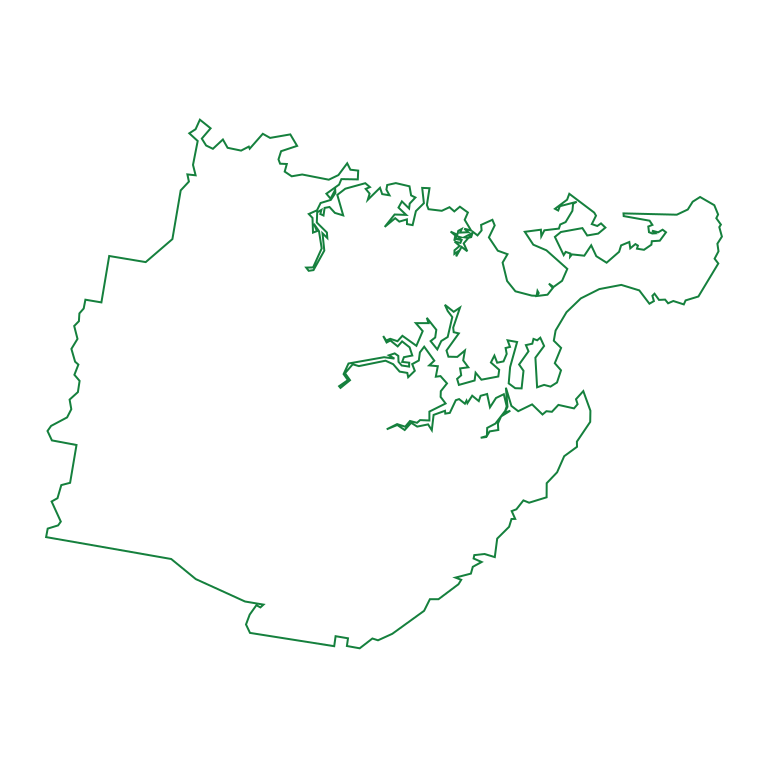 Sutherland, New South Wales, Australia
{"feature_id": "25037944B61744382554137", "entity_name": "Sutherland", "entity_type": "district", "adm_level": 2, "iso_a3": "AUS", "parent_name": "Australia", "parent_adm1": "New South Wales", "projection": "orthographic", "projection_center": [151.117, -34.072], "detail": "fine", "context": "isolated", "style": "outline", "palette": "green", "viewbox_px": 768, "rotation_deg": 0, "n_neighbors": 0, "source": "geoboundaries", "source_scale": "gbopen_adm2", "svg_char_len": 6099}
<svg xmlns="http://www.w3.org/2000/svg" viewBox="0 0 768 768"><path d="M46.1,537.1L171.2,559.0L195.8,579.1L245.0,601.5L263.5,604.6L260.4,607.4L256.4,605.2L249.7,614.6L246.0,624.5L250.0,632.9L334.2,646.2L335.6,636.2L348.0,638.3L346.9,646.0L359.7,648.3L372.4,638.5L378.0,640.3L392.3,633.8L424.1,610.8L429.9,599.2L438.5,599.2L458.5,584.2L461.2,579.8L455.5,577.6L470.9,573.6L472.8,566.8L481.6,562.0L473.6,558.5L474.3,555.1L484.5,554.0L494.8,557.1L497.2,538.6L509.1,526.8L511.5,519.0L515.2,518.9L511.7,511.1L516.4,509.3L523.4,500.4L529.1,502.7L546.6,497.3L546.7,483.2L557.1,472.3L564.2,456.2L577.0,446.8L576.9,441.6L590.2,421.9L590.4,410.7L583.3,391.1L576.0,399.2L577.6,404.2L574.0,408.4L558.4,404.9L551.9,411.8L546.4,411.2L542.5,414.5L532.1,404.4L518.2,411.2L511.4,405.9L505.9,387.7L507.5,406.8L504.5,412.8L510.3,410.7L501.1,416.4L497.9,423.5L498.3,430.0L489.6,431.4L486.3,437.0L480.7,437.8L486.9,436.0L487.2,427.9L495.4,423.6L505.2,410.9L506.7,406.3L503.8,394.2L496.0,398.0L490.0,407.3L487.1,394.0L480.6,395.8L478.8,401.1L472.2,395.7L467.4,403.2L466.5,400.6L464.9,403.7L459.1,399.1L455.8,400.2L449.8,412.9L445.3,413.6L445.0,410.8L433.6,414.9L431.8,430.2L428.1,424.4L417.2,426.6L411.2,422.8L404.7,430.0L397.3,425.0L386.7,429.3L397.1,424.1L405.2,426.7L410.0,421.0L417.0,422.8L420.1,420.1L429.4,420.5L429.4,411.6L445.6,403.5L440.6,396.9L440.8,391.2L447.0,383.4L440.5,376.1L435.8,376.7L437.8,366.2L429.2,365.4L434.3,360.7L424.2,346.7L419.9,352.4L418.8,360.5L412.2,364.1L414.8,370.8L408.2,377.2L407.3,372.9L399.6,371.6L393.2,364.2L385.5,360.7L358.9,366.1L352.7,364.3L345.0,373.2L350.0,380.2L340.5,387.9L339.1,386.2L347.9,380.1L343.6,374.1L348.5,363.5L384.1,357.2L394.4,358.6L388.9,355.3L394.7,353.4L398.3,355.9L398.5,361.8L401.7,365.5L409.1,366.6L409.2,362.7L402.2,361.9L403.9,357.2L412.3,355.5L409.6,347.3L402.1,341.4L397.7,346.4L390.4,340.5L386.6,342.5L383.2,336.0L386.2,340.5L390.2,338.8L397.5,341.2L402.4,335.8L416.4,345.8L422.7,331.1L415.8,323.1L428.5,323.1L426.8,317.8L436.3,329.8L435.2,337.5L430.6,341.1L437.3,349.4L441.3,341.0L447.7,337.0L452.3,317.1L447.7,311.0L444.9,304.8L453.7,311.8L460.0,307.6L453.2,327.6L453.7,332.2L458.8,333.4L446.5,350.5L448.4,356.7L457.3,356.9L464.9,350.5L463.2,360.4L468.3,367.3L460.1,368.4L461.2,375.3L457.1,378.9L458.9,384.9L474.6,380.5L475.6,372.7L481.4,379.7L498.3,376.5L499.2,369.8L490.9,362.5L494.4,355.6L497.2,362.7L503.5,361.4L506.7,353.9L505.6,348.0L510.0,346.9L507.6,340.3L517.1,342.0L510.1,367.1L508.7,383.4L515.2,388.2L521.6,388.4L523.5,370.8L519.1,364.5L528.5,351.3L525.9,345.1L532.3,343.7L533.5,338.9L537.2,340.3L540.3,337.7L544.1,346.0L535.4,357.7L537.1,387.3L544.1,384.9L550.5,386.6L557.0,382.5L561.0,370.3L554.8,363.2L561.1,347.9L553.8,340.7L555.6,330.5L566.5,312.2L580.8,298.4L599.3,289.1L621.3,284.9L639.3,290.4L649.4,303.7L653.9,301.1L652.4,295.8L654.5,293.7L659.0,299.9L665.1,299.6L668.1,303.3L673.3,301.0L683.8,304.4L685.6,300.4L698.4,296.5L718.3,263.5L714.6,258.7L718.5,251.3L717.4,243.7L721.9,236.6L719.3,227.1L720.9,224.6L716.3,218.2L718.1,214.5L714.3,205.2L700.1,197.0L692.7,201.7L687.8,209.5L676.8,214.7L623.5,213.4L623.7,216.1L649.6,220.7L652.4,224.9L648.3,226.5L649.0,232.2L652.3,233.5L655.3,233.3L652.1,230.7L658.2,232.3L662.6,229.7L666.0,232.3L659.8,240.7L651.8,241.2L651.4,244.7L644.0,249.8L637.0,248.7L637.9,245.6L635.4,244.1L630.3,248.3L629.3,242.0L621.1,245.4L619.1,251.8L606.6,262.7L596.3,256.2L591.2,245.3L584.3,255.7L572.0,254.4L570.1,256.7L570.3,253.5L565.7,251.9L563.7,255.1L554.9,236.9L560.9,232.0L582.4,228.1L587.2,235.5L598.2,233.6L605.4,227.6L601.0,223.4L597.3,226.0L591.8,224.1L596.0,215.7L594.2,212.6L569.3,193.8L567.1,199.7L555.0,208.8L558.2,210.5L559.9,206.2L576.7,201.8L573.1,203.8L572.4,210.8L565.6,222.1L560.2,224.5L558.9,228.6L544.4,230.3L541.3,236.3L540.9,229.7L524.8,231.8L533.3,244.7L546.4,250.3L567.3,268.9L562.1,280.8L553.5,287.0L548.9,283.6L552.8,288.0L547.5,294.7L536.9,296.0L538.7,293.0L537.5,290.9L536.6,295.8L531.8,295.6L515.4,291.3L507.1,281.0L502.6,262.6L507.5,254.2L497.8,250.7L488.9,237.4L494.7,225.4L492.4,219.8L481.1,224.9L481.6,230.4L477.5,235.4L472.9,231.8L471.2,237.1L468.9,237.7L470.7,233.9L464.2,237.3L468.3,238.0L463.7,243.4L467.3,251.3L461.6,246.9L456.2,256.4L457.4,251.8L454.4,253.9L454.5,250.3L459.7,245.9L454.6,241.6L460.4,242.9L461.6,240.0L456.9,239.2L461.4,237.5L456.8,236.2L454.3,240.8L455.3,235.5L450.6,231.6L457.3,234.7L458.3,230.8L461.7,229.0L460.1,232.6L468.3,232.2L464.3,228.7L471.1,230.5L464.7,219.8L467.9,212.5L459.9,206.7L454.3,211.4L449.5,207.2L441.8,210.8L428.5,209.2L426.9,205.0L429.5,188.2L422.2,187.9L423.9,203.2L415.9,211.1L412.6,225.1L407.0,224.1L406.9,219.4L399.3,221.6L395.2,218.2L384.7,226.9L394.6,214.5L406.2,214.9L398.5,207.6L401.9,201.4L409.1,208.5L409.7,203.6L415.4,197.5L411.1,195.4L409.5,186.3L395.8,183.1L387.2,185.0L386.4,189.6L389.5,195.3L382.2,194.1L380.0,187.8L367.8,199.8L369.6,193.6L365.7,188.9L369.9,187.1L365.3,183.2L345.3,188.7L337.3,194.9L343.2,215.4L334.9,212.9L329.5,207.0L324.6,207.9L323.5,215.5L320.3,214.0L321.4,209.9L317.2,212.3L316.8,222.5L326.9,232.5L327.3,238.0L322.5,233.3L324.3,250.6L313.5,270.1L308.7,270.8L306.2,267.6L313.1,267.4L321.7,248.4L319.0,231.2L313.8,223.7L317.0,231.1L313.0,232.6L312.5,217.9L308.8,214.0L317.0,210.3L320.6,203.0L330.8,199.9L335.4,193.0L335.2,189.8L330.6,198.7L326.4,193.7L339.1,184.6L341.4,179.1L357.8,179.4L358.2,170.6L350.4,169.7L347.2,163.3L338.4,175.1L328.8,179.7L302.2,174.5L291.7,176.3L284.7,171.6L286.8,164.0L280.1,163.7L278.5,159.4L281.1,151.2L297.1,145.9L290.3,134.4L270.1,137.9L262.8,133.8L249.7,148.7L248.8,146.6L241.1,150.6L227.6,147.8L222.9,139.5L212.9,148.8L206.1,145.5L201.8,138.6L210.6,128.3L199.9,119.7L195.6,129.2L189.3,133.3L197.7,141.0L193.0,164.9L195.6,175.3L187.4,174.4L188.9,181.6L180.7,190.4L172.4,239.1L145.7,262.1L109.2,256.0L101.4,302.4L85.4,299.7L83.7,308.5L79.4,313.4L78.9,321.2L74.2,326.0L77.5,338.9L71.4,348.9L75.1,361.7L78.4,364.6L74.4,374.8L79.6,380.9L77.9,392.1L69.6,399.6L71.3,409.2L67.1,417.4L51.1,425.9L47.5,431.0L51.9,440.4L76.5,445.0L70.1,482.8L61.3,485.1L57.5,498.2L51.6,501.5L60.8,521.6L58.1,525.4L47.7,528.6L46.1,537.1Z" fill="none" stroke="#15803d" stroke-width="2"/></svg>